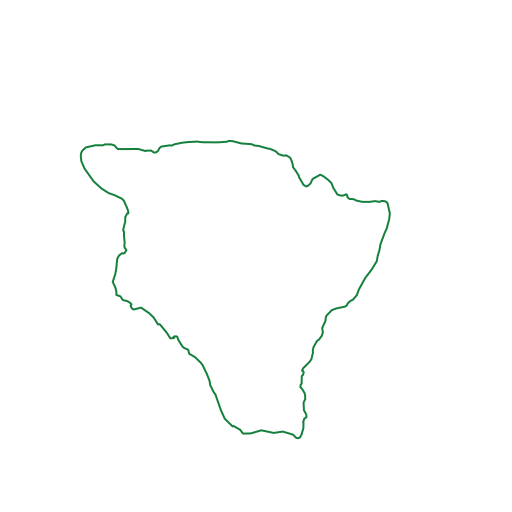 Hawaii, Hawaii, United States of America (Natural Earth projection), rotated 330°
{"feature_id": "52423323B10350916691509", "entity_name": "Hawaii", "entity_type": "district", "adm_level": 2, "iso_a3": "USA", "parent_name": "United States of America", "parent_adm1": "Hawaii", "projection": "natural_earth1", "projection_center": [-155.543, 19.595], "detail": "fine", "context": "isolated", "style": "outline", "palette": "green", "viewbox_px": 512, "rotation_deg": 330, "n_neighbors": 0, "source": "geoboundaries", "source_scale": "gbopen_adm2", "svg_char_len": 3055}
<svg xmlns="http://www.w3.org/2000/svg" viewBox="0 0 512 512"><g transform="rotate(330 256 256)"><path d="M117.3,216.9L115.7,220.0L117.5,222.1L118.4,223.2L118.6,227.1L119.4,228.4L122.0,230.7L123.6,233.7L124.0,235.5L122.6,236.3L122.3,238.9L122.7,240.3L123.6,241.3L130.6,243.2L134.4,251.1L135.0,252.4L136.6,258.2L136.9,266.2L137.9,266.5L138.5,267.3L138.9,268.7L140.4,278.4L140.6,284.0L140.9,284.6L143.7,285.9L144.3,285.8L144.5,284.8L145.6,285.0L147.0,285.9L147.4,286.7L146.8,289.5L147.0,297.2L147.6,299.4L150.4,303.4L149.3,307.2L152.7,313.3L154.9,321.2L155.2,324.1L154.4,334.2L153.4,340.7L151.8,344.9L151.3,352.4L151.6,355.7L148.5,372.1L147.6,381.3L150.5,391.8L151.5,391.9L155.4,398.6L155.9,402.9L156.5,403.6L162.7,407.0L173.4,409.6L182.9,418.1L191.3,421.4L198.6,429.0L199.3,431.2L199.9,433.6L201.2,434.8L203.4,435.1L206.4,433.2L211.0,428.7L213.9,423.9L213.8,423.4L216.4,421.1L219.1,420.8L220.3,418.4L220.4,413.6L223.5,407.4L224.7,406.1L227.0,404.7L229.0,401.0L229.5,399.0L229.5,395.0L228.9,391.6L230.4,389.8L230.7,389.7L231.8,389.2L235.4,383.2L236.0,382.7L237.5,382.4L239.2,380.4L239.2,379.4L238.6,378.3L240.7,376.8L249.6,374.4L252.3,373.1L257.0,368.2L258.2,365.8L260.4,363.6L266.3,360.1L269.0,359.8L273.0,358.0L275.6,355.7L277.4,351.4L283.6,347.0L285.5,344.4L285.8,344.0L287.3,342.9L294.5,340.8L299.1,341.5L307.7,344.3L309.8,344.2L311.8,342.9L315.1,342.1L318.0,342.3L323.8,340.3L328.4,336.4L339.9,329.5L349.1,325.7L358.0,320.9L361.6,316.6L366.2,312.3L369.6,308.1L378.8,300.5L383.1,297.4L389.8,290.7L393.2,286.0L396.3,276.0L396.2,275.1L395.1,273.1L392.4,271.1L390.0,270.9L386.6,268.0L381.6,266.0L375.2,262.3L370.5,258.1L369.7,256.5L368.4,255.2L365.5,253.3L364.6,251.0L365.3,248.8L365.3,248.2L364.7,247.6L361.7,247.3L359.4,245.8L357.3,243.6L357.2,242.4L357.0,235.5L357.8,230.6L356.5,225.9L355.6,223.9L354.2,220.5L352.2,217.7L343.5,217.6L339.3,220.5L335.9,221.2L334.1,220.7L332.7,218.1L332.7,213.0L332.7,209.1L333.2,207.9L333.0,201.8L332.5,197.7L333.7,194.6L334.4,191.4L334.7,188.5L334.3,187.0L332.3,183.7L331.5,183.7L329.5,182.5L326.4,178.9L325.7,175.9L324.2,173.4L321.3,169.8L320.2,169.1L313.4,162.1L310.1,159.7L307.9,156.8L299.7,151.3L293.2,144.9L290.4,142.9L287.5,142.3L279.8,138.5L267.0,131.0L263.7,128.7L263.0,127.9L254.4,123.5L249.0,121.1L241.3,118.5L238.1,118.2L236.6,117.0L228.7,113.9L226.6,114.2L223.6,116.0L221.5,116.3L220.0,115.8L219.3,115.2L217.8,112.2L214.0,110.1L212.7,109.8L207.5,104.4L197.6,98.8L189.9,94.4L189.2,92.5L188.9,89.8L186.7,87.2L181.0,83.8L179.7,83.7L178.6,83.5L172.3,79.8L163.0,76.9L158.4,77.9L156.4,79.1L154.6,81.2L152.2,86.3L151.2,94.4L152.7,110.2L156.0,120.5L159.9,127.9L163.6,132.2L168.5,139.3L169.2,141.9L168.4,149.9L167.7,153.3L166.9,155.1L166.2,155.2L165.7,154.8L162.2,157.0L159.9,160.9L154.2,166.7L153.7,168.1L153.8,169.1L152.0,172.0L149.8,176.9L149.0,178.6L146.8,181.8L146.5,183.1L146.6,184.7L146.7,186.1L143.5,187.8L142.4,187.5L142.2,187.3L141.5,186.6L138.0,187.0L135.4,188.3L134.0,189.6L129.2,196.3L128.7,197.0L125.3,201.1L119.0,206.8L118.4,213.1L117.3,216.9Z" fill="none" stroke="#15803d" stroke-width="2"/></g></svg>